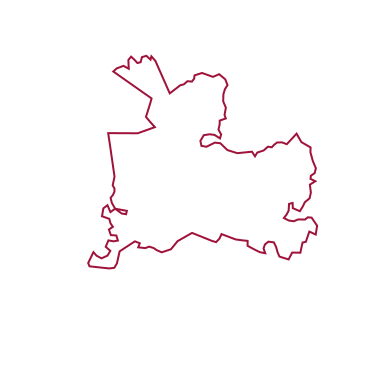 Constantina, Rio Grande do Sul, Brazil, rotated 300°
{"feature_id": "56859067B19051773573011", "entity_name": "Constantina", "entity_type": "district", "adm_level": 2, "iso_a3": "BRA", "parent_name": "Brazil", "parent_adm1": "Rio Grande do Sul", "projection": "robinson", "projection_center": [-52.994, -27.69], "detail": "fine", "context": "isolated", "style": "outline", "palette": "rose", "viewbox_px": 384, "rotation_deg": 300, "n_neighbors": 0, "source": "geoboundaries", "source_scale": "gbopen_adm2", "svg_char_len": 2227}
<svg xmlns="http://www.w3.org/2000/svg" viewBox="0 0 384 384"><g transform="rotate(300 192 192)"><path d="M76.4,140.4L80.0,148.6L84.4,158.5L87.5,162.6L92.6,162.7L104.4,159.0L120.7,167.2L121.5,172.4L117.2,173.1L120.0,179.5L123.3,182.3L124.3,186.9L124.0,190.5L124.6,195.9L131.9,202.4L142.3,204.1L156.6,212.5L157.1,216.1L159.6,233.5L160.6,237.9L165.3,239.1L170.3,238.6L172.7,253.4L175.4,260.0L177.5,264.6L173.2,267.0L173.4,274.2L173.8,280.8L175.6,286.0L178.9,282.2L183.0,281.4L187.2,283.0L189.3,288.1L186.4,292.4L182.8,296.0L179.8,300.0L181.9,309.4L189.6,309.0L193.6,316.2L199.1,314.4L203.5,313.0L205.8,315.5L216.4,313.4L217.0,320.4L225.4,317.2L229.6,308.4L228.0,305.0L224.6,303.6L221.3,297.6L217.6,294.8L215.7,290.2L215.4,284.6L220.0,285.2L224.2,285.0L230.2,282.0L232.8,284.6L228.4,287.4L229.3,295.0L235.1,295.2L239.5,294.8L245.4,297.0L251.0,295.2L257.3,290.4L263.0,293.4L262.6,288.1L265.5,286.8L269.7,288.8L274.5,287.4L279.2,281.2L285.6,274.7L289.9,272.4L289.9,261.8L294.8,253.4L280.8,250.2L280.0,245.2L277.4,240.9L273.9,239.5L270.6,238.7L269.2,235.1L263.8,233.3L258.8,228.8L254.4,228.7L256.9,223.8L250.5,214.9L248.3,211.9L246.0,201.7L248.4,192.2L246.2,187.1L238.4,181.9L236.7,177.1L240.5,173.7L247.1,173.8L250.8,178.4L252.7,182.9L252.4,189.4L256.4,188.5L259.3,183.7L264.0,182.3L267.7,180.3L272.6,184.5L274.9,181.7L281.9,179.2L286.1,173.7L292.4,170.3L297.5,169.1L302.3,169.3L306.2,164.5L307.6,156.6L302.2,152.6L300.1,141.2L294.3,135.9L291.2,137.2L287.6,136.7L285.6,132.6L281.1,131.1L278.8,128.6L266.3,123.4L287.2,94.8L289.2,89.0L285.9,89.9L287.1,84.3L283.7,81.2L278.8,82.6L276.4,80.2L277.6,76.5L278.8,71.6L274.5,70.9L267.1,75.6L267.0,69.6L261.4,65.0L257.0,63.6L252.8,110.2L248.3,111.4L234.0,114.6L231.9,120.4L229.6,127.4L215.7,115.6L201.1,90.0L198.5,92.0L191.0,98.0L166.6,117.2L158.1,120.0L156.2,123.2L153.4,124.7L149.8,125.0L146.3,124.4L142.5,128.0L139.1,133.8L133.8,131.4L138.3,125.4L133.5,123.4L126.0,126.2L127.4,133.8L124.1,137.1L122.3,140.9L118.0,138.8L114.1,143.3L116.5,148.2L112.9,152.1L110.1,148.8L108.3,143.8L101.4,144.7L100.2,150.7L94.6,150.6L89.3,146.8L89.1,141.3L90.6,136.7L78.6,137.6L76.4,140.4ZM139.1,133.8L143.1,145.0L139.8,146.0L138.2,141.8L139.1,133.8Z" fill="none" stroke="#9f1239" stroke-width="2"/></g></svg>